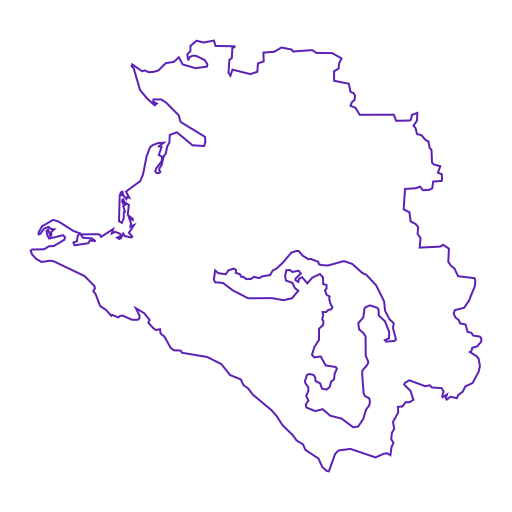 SVG path tracing the border of Krasnodar
{"feature_id": "RUS-2371", "entity_name": "Krasnodar", "entity_type": "Territory", "adm_level": 1, "iso_a3": "RUS", "parent_name": "Russia", "parent_adm1": "", "projection": "mercator", "projection_center": [39.522, 45.126], "detail": "fine", "context": "isolated", "style": "outline", "palette": "violet", "viewbox_px": 512, "rotation_deg": 0, "n_neighbors": 0, "source": "natural_earth", "source_scale": "10m", "svg_char_len": 6018}
<svg xmlns="http://www.w3.org/2000/svg" viewBox="0 0 512 512"><path d="M375.5,457.4L350.4,448.9L338.5,450.5L335.2,453.8L328.8,471.4L326.8,471.0L322.2,466.9L318.5,458.5L305.4,449.9L303.0,444.3L296.7,440.6L292.8,435.2L282.6,425.3L276.8,416.3L271.4,410.1L252.8,394.6L247.9,388.2L243.6,385.3L240.7,379.4L230.0,375.0L221.5,364.2L207.2,357.0L182.2,352.8L180.4,350.5L174.1,350.3L170.7,348.0L164.6,336.8L160.6,333.5L160.0,329.2L156.2,330.0L153.8,328.6L148.8,323.4L148.4,322.5L149.6,320.0L144.2,313.2L135.8,308.2L139.6,315.8L139.4,318.3L137.7,319.8L132.1,319.8L122.9,315.7L120.3,315.8L118.2,317.4L112.2,314.9L111.3,315.8L105.9,309.8L100.1,306.0L95.5,293.9L93.3,291.2L94.9,288.4L94.4,286.0L84.5,276.0L53.7,261.3L50.1,260.7L41.6,262.0L36.3,259.0L32.1,254.5L30.7,250.8L32.2,249.5L44.0,249.3L48.9,246.3L53.8,246.0L64.3,239.8L65.1,237.3L63.1,235.2L49.2,238.6L47.3,235.2L46.5,230.9L48.1,229.6L50.4,236.1L51.3,235.6L51.3,231.8L54.3,229.3L50.7,228.9L48.6,226.8L43.9,228.7L40.4,233.8L38.7,234.4L38.5,232.7L41.9,226.4L53.1,219.9L58.5,221.5L73.5,231.0L79.9,233.3L77.6,236.1L77.0,241.2L73.4,242.5L74.5,245.3L88.4,243.2L89.9,240.5L95.6,241.2L91.7,238.4L82.9,237.7L81.1,235.1L81.6,234.4L98.1,234.2L100.1,234.9L101.0,236.9L113.1,229.1L111.8,233.5L115.1,231.8L120.2,233.8L120.8,236.1L117.2,237.7L119.4,239.0L121.0,238.1L123.2,233.5L124.7,236.1L131.5,237.5L132.2,236.3L128.9,232.8L134.0,225.0L130.4,226.6L131.0,223.4L129.2,218.1L132.8,219.9L132.8,218.9L127.7,214.8L128.9,204.9L124.5,202.2L123.2,199.3L122.2,200.1L122.2,202.0L123.3,203.9L125.6,204.5L123.2,206.2L125.0,211.7L123.8,212.2L123.7,218.3L121.8,222.9L119.0,221.2L119.7,195.9L120.8,192.4L122.5,191.7L122.9,194.2L121.4,195.0L123.8,195.8L126.4,199.1L127.4,196.8L129.2,197.6L126.0,191.6L140.2,181.1L143.0,174.5L146.6,156.3L149.9,147.5L152.7,145.1L158.4,143.0L163.7,142.8L158.0,146.9L159.9,146.0L161.6,146.9L158.8,155.0L162.2,156.9L161.5,161.6L156.5,168.0L155.2,171.1L156.4,172.9L158.6,173.2L160.4,171.9L159.2,170.1L159.5,168.3L161.6,165.0L163.7,156.3L165.7,153.7L167.3,146.3L169.4,142.5L169.8,134.9L176.9,132.3L192.5,145.3L204.1,146.0L205.3,142.0L205.1,136.9L181.4,122.5L180.1,120.8L178.9,115.5L165.9,102.4L161.1,99.4L153.4,99.5L153.2,101.8L156.8,103.6L154.7,105.3L146.8,98.2L140.0,89.9L133.7,68.3L131.6,66.2L132.2,64.4L142.2,71.3L144.8,70.4L148.5,72.2L153.6,71.9L158.4,70.4L165.9,63.1L173.8,61.9L178.9,57.3L182.6,64.4L195.6,68.2L206.9,66.6L207.4,64.2L204.7,60.1L196.3,55.9L192.6,55.7L189.2,57.4L188.2,60.4L187.3,54.3L190.4,51.2L190.4,46.0L196.6,40.7L203.5,42.5L214.0,40.6L215.5,45.9L234.5,46.3L234.4,47.3L232.4,47.6L231.8,58.1L229.4,59.8L228.5,72.7L230.4,75.7L232.5,69.7L250.4,74.1L257.3,71.8L258.0,63.4L263.7,61.4L263.4,52.6L274.3,51.8L281.4,47.5L291.5,49.5L293.1,51.5L312.1,50.1L316.4,52.9L332.1,53.1L340.8,58.0L341.5,58.6L339.2,63.1L338.6,68.6L334.1,71.2L334.1,80.8L348.8,83.7L350.5,91.9L353.7,93.2L355.0,95.5L354.6,100.0L351.9,102.1L350.5,105.8L355.5,107.8L359.7,114.8L393.7,114.7L396.2,120.8L409.9,120.5L411.0,119.6L411.9,114.9L417.3,112.9L417.0,120.6L413.5,125.7L415.5,128.0L417.0,134.0L421.6,135.3L425.3,139.8L428.5,141.6L429.6,147.7L431.5,150.1L432.0,162.6L433.8,164.5L440.3,166.2L437.9,172.7L441.8,174.2L442.0,179.6L441.5,181.0L433.2,181.5L432.2,188.4L429.1,189.9L422.9,190.2L420.0,186.6L416.1,188.2L405.0,189.0L403.7,209.4L409.4,212.2L410.6,221.4L415.6,224.0L418.2,227.1L417.6,233.8L420.5,238.1L419.7,247.6L440.2,246.6L443.1,244.8L448.9,248.6L448.3,261.8L450.9,265.7L454.3,268.3L458.1,276.2L474.6,278.2L475.3,280.8L474.8,286.3L468.8,301.0L464.1,307.8L454.9,310.1L453.7,313.5L455.5,317.5L458.9,320.2L460.0,323.3L465.6,324.5L467.6,331.9L471.4,332.8L473.2,335.6L479.9,336.6L481.3,338.3L481.3,341.5L477.3,346.3L472.3,347.8L471.4,351.1L469.9,352.0L476.7,356.3L478.7,358.9L479.9,366.0L478.6,371.8L472.5,383.1L465.4,386.3L462.8,391.6L458.3,395.0L456.8,398.2L450.6,396.7L446.7,399.6L445.8,398.0L446.9,394.5L442.7,397.3L442.2,396.1L443.6,391.5L441.5,388.1L432.0,387.5L429.8,385.3L425.2,386.2L409.3,380.3L405.0,382.8L404.2,384.7L410.5,390.8L413.4,399.8L409.6,402.2L405.6,402.2L402.4,406.5L398.0,406.8L398.2,412.5L393.0,421.9L394.2,428.8L391.9,432.8L391.2,439.1L393.5,442.8L391.5,447.1L390.4,455.2L387.1,453.3L383.9,453.7L375.5,457.4ZM308.3,259.2L302.6,255.6L298.7,251.0L296.1,251.0L291.3,252.7L282.8,262.7L276.5,268.6L272.7,270.5L270.2,275.0L262.2,276.4L259.3,278.1L253.9,276.9L250.8,279.0L246.3,279.1L243.4,276.9L241.3,276.9L240.0,274.3L235.7,272.8L236.1,270.0L233.8,268.6L228.6,270.2L225.7,274.3L218.1,273.1L215.1,270.4L213.9,279.6L215.0,282.2L223.0,283.0L233.0,290.5L248.2,298.3L271.7,298.1L283.7,300.2L292.0,298.2L298.3,290.8L294.7,287.8L292.4,282.8L286.0,280.6L285.1,276.4L286.3,270.3L290.0,270.0L292.4,272.0L298.5,270.7L300.9,273.6L295.5,278.6L295.3,280.0L298.3,281.9L299.0,278.9L302.1,277.2L307.3,283.3L312.4,277.6L319.9,274.0L323.0,277.5L323.2,284.1L326.5,285.1L326.6,288.4L325.0,290.5L326.6,294.8L329.6,296.5L329.2,298.9L330.3,303.3L332.4,307.4L331.1,309.4L328.4,309.8L326.2,312.0L322.6,312.1L323.2,315.1L322.2,319.3L323.4,321.3L323.1,325.1L319.0,328.7L319.0,339.8L314.3,347.2L312.0,354.8L314.1,357.4L320.8,356.5L325.7,365.5L335.8,367.0L336.9,368.7L334.7,373.6L334.0,379.4L331.1,381.6L329.7,387.0L326.5,389.6L322.0,388.7L320.2,383.4L315.6,381.1L315.2,377.6L313.7,375.0L309.6,374.0L307.1,374.8L305.0,380.9L305.4,383.2L308.4,387.5L308.3,391.1L306.2,396.0L308.4,400.6L305.9,404.2L305.9,405.8L306.4,407.5L315.2,411.1L322.7,409.2L330.2,415.7L341.6,418.6L353.1,427.2L358.1,426.6L363.3,418.9L366.0,409.6L369.0,405.8L370.0,401.7L369.1,398.2L364.9,396.0L363.6,393.4L362.1,373.4L362.5,370.4L367.3,364.8L368.4,362.0L365.7,355.7L365.6,336.5L363.4,333.0L359.1,329.4L358.3,323.1L363.2,317.7L364.5,308.8L365.4,307.3L369.9,305.4L377.2,307.8L378.5,309.5L378.8,315.6L385.0,321.3L389.2,332.1L389.0,338.4L384.8,340.0L386.1,341.6L394.3,341.0L396.0,339.6L393.0,328.1L393.7,323.2L389.5,319.3L385.1,310.8L384.1,301.4L376.2,285.4L366.4,274.9L362.1,272.8L352.4,264.0L343.9,261.1L328.0,265.5L321.6,265.1L319.1,264.4L318.2,261.8L311.0,259.0L308.3,259.2Z" fill="none" stroke="#5b21b6" stroke-width="2"/></svg>